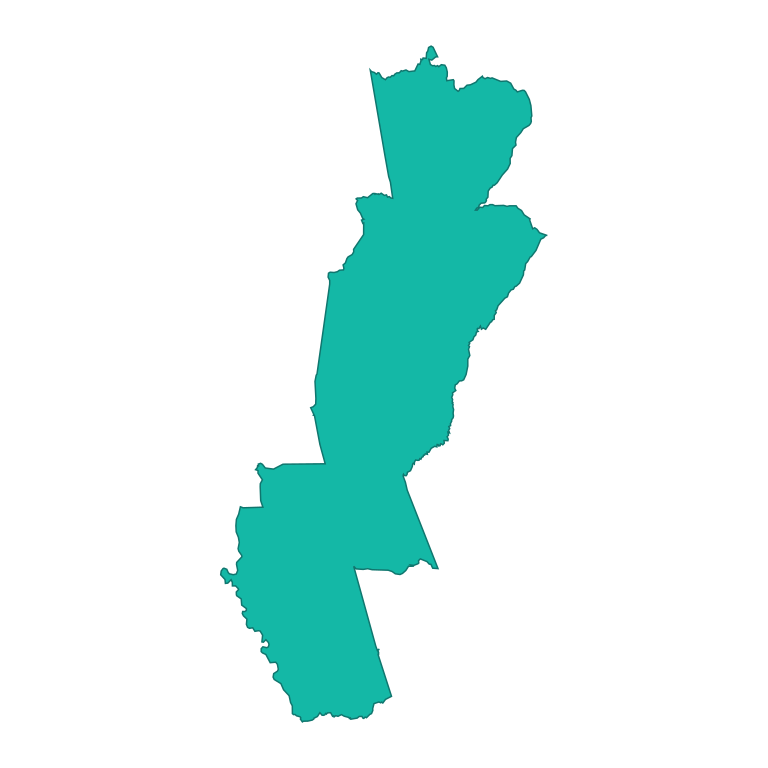 Aguachica, Cesar, Colombia
{"feature_id": "7082276B33891550919089", "entity_name": "Aguachica", "entity_type": "district", "adm_level": 2, "iso_a3": "COL", "parent_name": "Colombia", "parent_adm1": "Cesar", "projection": "equal_earth", "projection_center": [-73.576, 8.248], "detail": "fine", "context": "isolated", "style": "filled", "palette": "teal", "viewbox_px": 768, "rotation_deg": 0, "n_neighbors": 0, "source": "geoboundaries", "source_scale": "gbopen_adm2", "svg_char_len": 6054}
<svg xmlns="http://www.w3.org/2000/svg" viewBox="0 0 768 768"><path d="M236.4,519.4L235.9,525.6L236.2,531.9L238.4,537.3L239.3,542.5L238.1,548.7L238.8,551.2L241.7,555.4L241.9,556.8L236.7,562.4L236.5,564.3L237.7,570.4L236.3,574.0L233.3,574.7L229.4,573.8L228.2,572.5L226.8,569.3L224.0,568.2L223.0,568.6L221.2,571.0L220.7,574.8L225.0,579.5L225.4,583.4L227.8,583.1L231.1,579.7L232.3,582.3L232.4,585.9L235.6,585.9L238.3,588.7L238.5,589.6L236.3,592.0L236.4,594.9L236.8,595.8L241.2,598.9L241.7,605.1L246.4,608.6L246.3,610.5L244.9,611.5L242.7,611.5L242.3,613.5L243.4,615.8L246.9,619.1L246.4,624.4L247.6,627.3L249.4,628.3L252.7,627.8L254.9,631.3L258.6,630.7L260.2,631.1L262.6,635.2L261.9,641.9L263.4,642.2L265.9,639.7L268.4,642.5L269.0,644.4L268.4,646.8L266.8,647.7L262.9,646.8L261.2,648.7L261.2,651.6L262.5,652.9L265.9,654.5L270.2,662.7L275.7,662.2L277.4,664.3L278.3,669.3L277.4,671.2L273.7,673.6L273.1,677.1L274.2,679.5L280.9,683.6L283.6,689.8L289.1,695.7L290.6,702.6L292.3,705.8L292.4,713.6L293.5,714.6L295.1,714.5L296.5,715.8L300.1,716.8L300.8,717.9L300.4,719.1L302.4,721.9L303.5,721.2L307.8,721.1L312.2,720.1L313.8,719.0L314.0,718.2L317.4,716.5L319.9,712.7L322.0,715.2L323.5,715.3L324.7,714.9L325.7,713.5L326.4,714.1L327.5,712.9L330.6,712.7L332.6,716.3L333.7,715.9L334.1,716.9L335.7,715.7L338.0,716.3L341.4,714.6L344.2,716.2L349.0,717.5L349.4,718.5L350.4,718.0L350.8,719.2L357.2,718.1L359.1,716.5L361.9,716.4L363.1,718.3L363.8,718.4L365.1,717.1L366.5,717.7L369.8,714.4L371.5,713.6L372.8,710.5L372.7,708.6L374.0,703.6L378.9,702.0L380.7,702.8L381.6,702.1L382.8,703.0L385.5,699.4L391.5,696.3L378.4,655.6L378.1,654.3L378.7,654.0L378.3,652.7L378.6,652.4L377.8,650.5L379.3,649.2L377.6,649.8L377.7,651.4L375.8,646.2L353.7,566.3L356.2,568.9L363.2,569.4L367.7,568.7L372.1,569.7L388.2,570.2L392.1,571.5L395.3,573.8L400.0,574.5L402.5,573.4L405.8,570.5L408.5,566.3L412.4,566.2L410.9,565.0L413.7,565.4L417.9,563.8L418.8,563.0L418.5,560.7L420.3,558.9L427.0,561.6L429.2,564.1L430.9,564.3L432.7,568.2L438.0,568.6L407.2,490.1L405.4,482.3L403.2,476.3L403.2,475.0L403.5,474.3L404.2,475.5L406.1,475.7L407.0,474.5L407.4,472.3L410.5,470.7L412.3,466.6L412.7,464.0L413.2,463.3L414.3,464.1L414.5,462.0L415.6,460.0L418.0,460.4L419.2,460.1L419.8,458.7L420.9,459.2L421.8,457.3L423.1,456.7L423.5,455.2L424.6,455.1L425.3,453.8L427.4,454.3L427.0,452.1L429.0,452.2L431.2,448.3L434.7,446.3L436.9,446.9L437.1,444.5L438.1,444.6L438.8,446.0L440.2,445.6L440.2,444.3L440.8,443.7L442.8,444.8L444.3,443.2L444.0,440.5L447.9,440.7L448.2,439.1L447.1,436.7L448.5,435.1L447.9,432.2L449.5,432.9L448.6,430.1L449.7,428.7L448.8,426.5L450.6,425.6L450.4,423.7L451.7,421.1L451.6,419.8L453.1,417.8L453.5,416.0L453.1,413.1L453.6,409.5L452.8,406.8L453.1,404.4L452.2,403.2L452.9,402.7L452.2,401.5L452.6,399.5L451.7,397.3L452.8,394.8L452.5,392.9L455.8,390.5L454.7,388.2L455.3,384.8L457.0,383.9L459.4,380.9L461.7,380.8L463.7,379.8L466.1,374.5L467.8,366.1L467.8,359.1L469.8,355.5L468.5,349.2L469.5,346.6L468.5,345.5L469.7,343.5L469.1,342.4L472.9,339.8L473.9,336.9L475.8,335.0L476.4,332.1L478.2,331.4L477.4,330.6L477.2,329.0L477.6,328.4L478.9,328.7L480.4,326.1L481.4,329.2L483.2,328.0L485.7,329.3L490.4,322.2L491.5,321.8L492.6,319.8L494.2,319.3L494.3,315.3L496.2,312.7L495.5,310.8L496.7,309.8L498.1,305.7L504.8,298.2L507.4,296.8L508.6,293.0L511.1,289.9L513.4,289.2L514.8,286.6L516.3,286.1L519.6,283.1L523.4,274.9L523.7,270.9L524.7,270.0L525.7,263.6L527.6,261.6L530.2,257.0L531.3,256.6L536.0,250.4L540.8,239.2L543.6,237.8L545.8,235.3L547.3,235.5L539.5,232.8L537.0,229.4L534.7,227.8L532.7,228.8L529.6,219.8L530.1,218.9L524.2,214.9L521.5,210.5L517.9,208.3L516.1,205.8L509.6,205.8L507.0,206.4L503.7,205.4L494.9,205.7L492.6,204.6L490.0,204.6L488.0,205.8L484.5,205.5L482.7,207.5L479.7,207.2L477.2,210.2L475.4,210.1L476.7,208.2L478.5,207.2L479.2,205.1L481.1,203.2L484.7,202.9L485.6,202.1L486.4,200.7L486.2,199.2L487.9,197.2L488.2,191.1L490.2,188.1L492.1,187.1L493.1,185.2L494.4,185.2L497.1,182.8L502.3,175.0L507.6,169.0L510.2,163.5L510.1,158.4L511.9,155.6L512.5,148.6L516.0,145.1L515.5,142.2L516.4,137.5L520.8,132.6L523.3,128.7L529.0,125.4L530.6,123.5L531.3,121.5L531.0,117.7L531.8,116.0L530.9,105.6L529.3,99.4L525.5,91.8L524.1,90.4L522.4,90.3L517.3,91.9L515.9,90.2L513.8,89.0L510.7,83.2L506.7,81.0L500.7,81.4L492.1,77.9L490.4,78.4L487.6,77.5L485.1,78.7L483.0,77.6L482.4,76.2L478.0,79.6L475.9,82.2L470.4,84.8L467.0,85.2L463.7,88.4L460.0,88.5L459.2,90.5L458.1,91.3L454.6,88.5L453.9,84.9L454.0,80.8L453.3,79.7L446.8,80.7L446.4,77.9L447.2,76.3L447.3,72.1L446.3,67.8L444.8,65.2L441.3,64.7L438.8,66.7L437.6,65.6L435.7,66.5L434.5,65.5L432.6,65.8L430.4,64.5L428.9,59.3L431.8,60.1L435.7,56.9L437.6,56.8L433.1,47.3L431.1,46.1L428.6,47.5L427.8,51.0L426.6,52.8L426.2,58.3L423.1,58.0L422.5,59.6L420.8,59.2L421.0,60.9L419.8,64.4L418.1,64.0L414.8,70.9L408.9,71.6L406.0,70.0L402.4,71.1L401.2,70.7L399.3,72.8L396.8,72.9L394.7,74.3L393.7,75.8L392.0,75.6L390.2,77.3L388.7,77.0L387.2,77.6L385.4,79.7L381.8,77.6L379.1,73.0L378.0,72.7L376.4,74.2L374.4,72.5L371.5,71.6L370.3,70.2L384.8,154.8L388.7,176.7L390.4,182.1L392.7,198.3L390.8,198.0L389.3,196.6L387.5,197.1L386.5,194.9L384.3,195.4L381.2,193.2L378.9,194.5L378.2,193.8L377.2,194.2L375.7,193.6L375.0,194.3L374.2,193.4L372.7,193.6L367.6,197.7L363.3,196.7L361.5,198.0L357.2,198.1L356.1,198.9L357.6,200.4L356.0,203.8L357.7,209.8L360.4,213.1L362.7,218.4L363.9,219.2L361.5,220.1L362.9,223.5L363.7,223.1L363.6,234.6L353.6,249.3L353.7,251.9L352.1,254.6L348.1,256.9L346.9,258.6L345.4,262.9L343.1,264.9L343.9,268.2L343.5,269.9L339.5,270.2L337.4,271.7L334.1,272.5L330.1,272.2L328.5,273.2L328.1,277.1L329.7,280.4L329.7,284.1L317.0,374.0L316.2,375.2L315.0,381.4L315.9,398.5L315.7,404.1L313.3,406.7L310.7,407.7L313.8,414.4L313.4,415.2L314.2,415.3L314.5,415.8L314.6,416.3L319.9,444.4L325.2,463.8L283.0,464.2L273.5,469.1L265.3,468.0L262.4,464.3L260.6,463.3L258.3,464.1L258.5,465.9L257.6,465.8L257.4,467.5L255.6,469.7L258.0,470.5L258.0,473.2L262.4,479.8L260.3,483.7L260.2,486.7L260.7,500.6L262.9,507.2L243.2,507.8L240.4,506.8L238.7,514.1L236.4,519.4Z" fill="#14b8a6" stroke="#0f766e" stroke-width="1.5"/></svg>